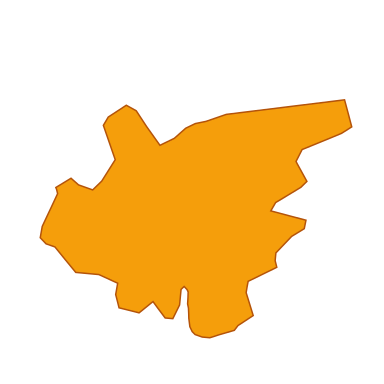 outline of Qurin, Ash Sharqiyah, Egypt, rotated 198°
{"feature_id": "37247803B18399614023642", "entity_name": "Qurin", "entity_type": "district", "adm_level": 2, "iso_a3": "EGY", "parent_name": "Egypt", "parent_adm1": "Ash Sharqiyah", "projection": "mercator", "projection_center": [31.743, 30.611], "detail": "fine", "context": "isolated", "style": "filled", "palette": "amber", "viewbox_px": 384, "rotation_deg": 198, "n_neighbors": 0, "source": "geoboundaries", "source_scale": "gbopen_adm2", "svg_char_len": 1192}
<svg xmlns="http://www.w3.org/2000/svg" viewBox="0 0 384 384"><g transform="rotate(198 192 192)"><path d="M75.4,326.8L183.4,276.4L200.5,263.5L210.0,258.1L217.7,250.7L225.4,237.6L236.9,226.5L255.4,240.2L270.1,252.0L281.3,254.2L294.8,237.4L296.9,228.0L275.0,199.0L281.2,174.5L287.1,163.3L302.1,163.7L311.3,167.7L322.9,154.2L321.5,152.5L319.3,148.9L321.4,131.9L321.9,128.1L323.8,113.0L322.2,101.6L314.8,97.6L305.4,97.4L291.8,88.6L277.7,79.6L255.1,84.7L234.5,82.3L232.9,70.9L228.4,63.8L225.6,59.3L214.4,60.1L208.5,60.5L205.0,60.7L202.7,64.2L196.7,73.5L195.2,75.7L188.4,70.8L178.6,63.9L175.1,64.7L171.1,65.6L168.9,80.7L172.3,96.0L170.3,99.7L166.6,97.7L164.8,95.8L163.1,90.0L161.6,84.2L159.5,80.5L157.4,74.9L156.0,70.9L152.4,63.2L148.7,59.3L145.0,57.4L141.3,57.3L137.5,57.2L130.0,58.9L126.6,61.3L122.4,64.4L109.0,73.5L107.0,79.2L95.6,93.4L109.4,113.0L110.3,118.8L111.0,124.4L95.7,139.2L90.0,144.7L88.1,146.6L91.7,152.4L93.4,160.0L83.5,180.6L73.9,191.8L74.9,200.4L92.5,199.4L111.2,198.4L109.2,207.8L101.3,216.9L89.9,230.1L86.0,237.6L100.6,251.3L102.5,253.2L100.4,266.4L86.2,278.4L77.0,286.2L67.9,294.0L60.2,303.3L67.6,314.8L75.4,326.8Z" fill="#f59e0b" stroke="#b45309" stroke-width="1.5"/></g></svg>